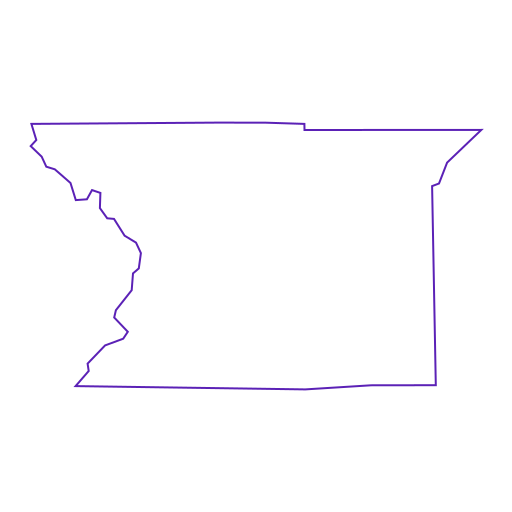 outline of Piute, Utah, United States of America
{"feature_id": "52423323B20022014337475", "entity_name": "Piute", "entity_type": "district", "adm_level": 2, "iso_a3": "USA", "parent_name": "United States of America", "parent_adm1": "Utah", "projection": "robinson", "projection_center": [-112.292, 38.329], "detail": "fine", "context": "isolated", "style": "outline", "palette": "violet", "viewbox_px": 512, "rotation_deg": 0, "n_neighbors": 0, "source": "geoboundaries", "source_scale": "gbopen_adm2", "svg_char_len": 592}
<svg xmlns="http://www.w3.org/2000/svg" viewBox="0 0 512 512"><path d="M31.4,123.9L36.3,140.0L30.7,146.1L41.7,156.7L46.3,166.7L54.8,169.3L70.5,183.0L75.8,200.1L86.9,199.3L92.0,190.1L100.4,192.9L99.9,208.1L107.2,218.3L114.0,218.9L124.6,235.7L136.0,242.6L140.9,253.1L138.8,268.4L133.0,273.4L131.7,290.2L115.9,310.2L114.2,317.5L127.8,331.8L123.2,338.7L105.1,345.4L87.6,363.6L88.7,371.0L75.6,386.1L305.3,389.4L370.9,385.3L435.8,385.2L432.1,186.1L439.0,183.5L447.1,162.6L481.3,129.9L304.5,130.0L304.4,123.9L266.3,122.7L218.7,122.6L31.4,123.9Z" fill="none" stroke="#5b21b6" stroke-width="2"/></svg>